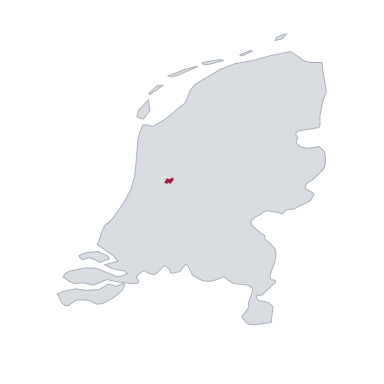 Diemen, Noord-Holland, Netherlands (highlighted), rotated 351°
{"feature_id": "6326949B31079897562518", "entity_name": "Diemen", "entity_type": "district", "adm_level": 2, "iso_a3": "NLD", "parent_name": "Netherlands", "parent_adm1": "Noord-Holland", "projection": "robinson", "projection_center": [4.985, 52.335], "detail": "fine", "context": "in_parent", "style": "filled", "palette": "rose", "viewbox_px": 384, "rotation_deg": 351, "n_neighbors": 0, "source": "geoboundaries", "source_scale": "gbopen_adm2", "svg_char_len": 3958}
<svg xmlns="http://www.w3.org/2000/svg" viewBox="0 0 384 384"><g transform="rotate(351 192 192)"><path d="M249.8,333.3L241.8,333.1L234.4,332.9L230.4,332.4L226.3,330.9L226.2,330.9L224.3,327.8L222.0,324.1L222.6,321.9L229.5,315.4L230.6,313.6L229.9,312.7L230.6,309.9L235.9,300.3L236.5,296.4L234.1,293.7L230.7,292.1L219.4,289.2L214.1,285.2L211.6,281.7L209.1,280.7L205.5,281.9L196.2,283.2L188.6,281.3L179.7,274.7L177.6,268.8L176.6,264.2L174.3,262.6L171.3,265.0L167.6,268.7L160.1,269.1L158.0,268.3L157.6,266.2L157.2,264.3L155.1,261.8L152.9,260.5L143.4,267.3L139.9,267.3L135.4,264.7L133.2,262.1L128.4,263.6L124.0,266.7L125.5,272.7L123.1,273.8L117.7,273.2L111.6,270.8L104.8,269.3L94.5,265.2L80.1,268.5L70.1,264.5L61.8,264.1L56.7,261.0L51.2,255.6L55.1,252.1L59.0,250.9L74.2,250.2L85.2,252.3L105.0,264.0L110.0,263.9L115.4,262.4L112.7,259.2L107.7,257.7L100.3,254.6L94.5,250.2L108.3,248.8L106.4,246.5L104.6,242.6L90.1,229.1L92.6,225.4L96.3,217.6L100.9,211.1L104.6,209.3L110.6,204.7L123.6,191.1L131.9,180.1L138.1,167.0L147.1,130.9L149.8,124.8L154.1,118.0L159.5,119.2L163.3,121.2L176.6,116.1L199.5,102.7L206.2,91.2L212.8,85.8L239.0,75.3L253.4,72.2L275.7,71.4L291.9,69.5L311.2,68.8L318.7,75.3L323.0,80.0L330.0,82.7L340.7,84.5L340.2,93.8L340.5,112.2L339.7,115.5L335.0,123.3L330.1,137.3L328.8,146.5L327.3,148.2L306.9,148.2L304.0,149.8L303.6,151.7L304.7,154.1L304.2,156.5L302.6,158.4L303.5,161.4L307.1,164.9L313.6,167.0L320.5,167.2L324.1,166.8L326.7,169.3L329.3,173.1L329.2,177.9L328.3,184.3L325.1,190.3L315.7,197.1L311.5,199.5L307.5,200.8L305.6,202.6L304.8,204.9L305.0,206.9L311.8,212.4L311.6,213.7L309.7,216.5L307.1,219.2L289.8,224.8L282.6,224.4L278.5,227.2L277.2,227.7L272.7,225.1L262.5,222.2L258.7,223.2L256.6,224.8L250.2,226.8L245.6,229.9L245.6,233.8L253.8,244.1L256.7,246.1L256.8,249.9L260.8,254.7L264.9,260.7L265.3,264.5L264.9,268.4L262.8,273.9L255.9,286.7L255.8,289.2L256.4,291.1L258.9,291.6L260.7,292.5L260.2,294.3L247.0,303.2L245.3,304.7L239.8,304.3L239.0,305.8L239.7,308.2L241.9,310.3L246.6,311.4L250.7,313.7L254.0,318.1L249.8,333.3ZM111.6,270.8L110.4,274.5L107.4,278.6L97.0,284.5L86.2,288.3L80.7,287.9L76.9,285.8L74.8,283.7L69.1,281.7L61.2,280.6L56.2,282.8L52.7,284.9L49.6,284.6L47.3,282.8L45.6,280.1L43.3,271.6L49.2,270.1L62.0,269.5L71.9,272.5L84.9,273.9L94.8,269.8L102.7,273.3L111.6,270.8ZM90.2,236.1L97.8,241.4L99.4,243.2L100.0,245.0L90.3,247.1L80.1,240.5L73.3,242.1L70.8,239.0L70.7,237.0L77.8,235.4L90.2,236.1ZM163.1,105.2L155.5,112.2L150.9,110.3L149.5,108.7L151.9,103.2L163.2,94.2L163.1,105.2ZM196.9,74.3L189.8,75.1L186.5,73.7L203.8,69.8L214.7,68.6L216.6,69.1L196.9,74.3ZM243.2,67.1L228.1,68.7L222.9,67.5L222.1,66.3L226.2,65.7L239.1,65.5L243.1,66.5L243.2,67.1ZM180.2,81.9L166.0,89.1L164.8,88.0L174.0,81.7L180.2,81.9ZM304.8,54.9L297.8,55.3L299.8,52.7L306.3,50.7L309.9,50.7L304.8,54.9ZM274.1,62.0L263.4,65.3L260.8,64.6L261.5,63.7L270.9,61.6L274.1,62.0Z" fill="#d9dde1" stroke="#a8b0b8" stroke-width="1"/><path d="M173.2,178.6L173.1,178.4L173.0,178.2L172.9,178.1L173.0,178.0L173.0,177.9L173.3,177.7L173.5,177.5L173.7,177.4L173.8,177.4L174.1,177.2L175.0,176.9L174.9,175.6L173.1,176.2L172.9,176.6L172.8,176.8L172.7,176.8L172.4,176.8L172.2,176.8L171.9,176.9L171.6,176.7L171.4,176.6L170.6,176.0L170.1,175.8L170.1,175.7L169.9,175.6L169.7,175.5L169.4,175.6L169.2,175.8L169.0,176.0L168.9,176.2L168.8,176.3L168.7,176.5L168.4,176.8L168.3,177.0L168.2,177.1L168.1,177.3L168.0,177.5L167.9,177.5L167.7,177.7L167.8,177.7L167.9,177.8L168.0,177.9L167.9,177.9L167.8,178.0L167.7,178.0L167.6,178.3L167.9,178.2L168.0,178.5L168.3,178.8L168.3,178.7L168.6,178.6L168.9,178.5L169.0,178.4L169.4,178.3L169.5,178.3L169.8,178.3L169.9,178.2L170.0,178.1L170.2,177.9L170.4,177.9L170.4,178.0L170.5,178.0L170.8,178.0L171.0,178.2L171.1,178.3L171.2,178.5L171.3,178.6L171.4,178.8L171.5,178.9L171.5,179.0L171.7,179.3L171.7,179.5L171.8,179.6L172.0,179.5L172.0,179.4L172.3,179.2L172.5,179.1L172.7,178.9L172.8,178.9L173.0,178.7L173.2,178.6Z" fill="#f43f5e" stroke="#9f1239" stroke-width="1.5"/></g></svg>